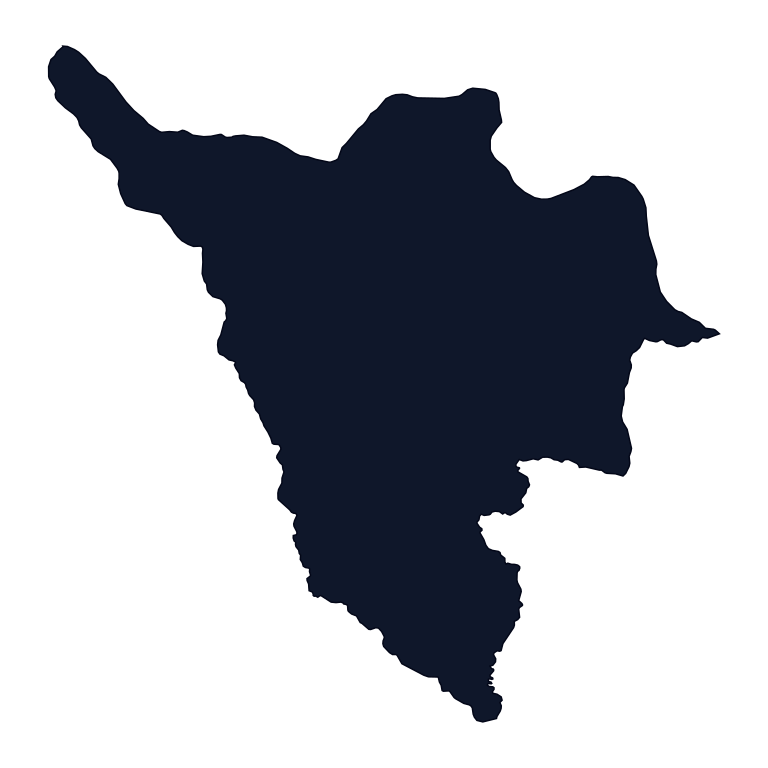 La Celia, Risaralda, Colombia (Albers equal-area conic projection)
{"feature_id": "7082276B6796098252529", "entity_name": "La Celia", "entity_type": "district", "adm_level": 2, "iso_a3": "COL", "parent_name": "Colombia", "parent_adm1": "Risaralda", "projection": "albers", "projection_center": [-76.011, 4.98], "detail": "fine", "context": "isolated", "style": "filled", "palette": "ink", "viewbox_px": 768, "rotation_deg": 0, "n_neighbors": 0, "source": "geoboundaries", "source_scale": "gbopen_adm2", "svg_char_len": 6064}
<svg xmlns="http://www.w3.org/2000/svg" viewBox="0 0 768 768"><path d="M719.4,333.8L715.3,330.1L713.6,329.3L705.4,328.3L699.3,322.3L691.3,318.9L681.8,312.4L678.1,311.5L674.8,309.7L666.6,301.4L660.3,292.0L655.8,274.6L655.9,269.2L656.8,264.2L656.4,260.9L648.4,235.4L646.3,216.2L645.9,207.7L643.2,199.0L641.8,196.3L634.0,185.1L625.2,179.6L618.2,177.5L612.9,177.4L608.2,176.5L597.5,176.8L592.6,176.3L591.5,176.9L589.5,179.7L584.2,184.2L573.7,189.7L551.1,198.4L547.4,199.1L541.5,199.2L534.5,197.7L524.5,192.2L516.5,185.5L513.7,182.4L512.1,179.7L508.7,171.7L505.5,167.6L496.3,160.0L494.0,157.3L490.8,151.6L490.2,149.2L490.2,140.2L491.3,136.1L497.0,127.8L501.6,122.4L501.4,120.0L499.1,109.9L498.9,102.4L498.3,98.6L496.7,94.5L495.8,93.1L494.8,92.6L485.3,89.4L472.7,88.2L467.6,89.8L462.1,94.5L459.1,96.2L444.3,98.4L417.7,97.9L412.5,96.8L407.2,94.8L402.4,94.3L395.8,94.7L392.0,95.8L386.1,98.7L377.1,109.5L371.0,113.7L366.5,121.0L363.4,124.7L358.4,128.9L346.4,143.4L342.1,147.6L338.1,158.8L335.9,160.3L330.9,162.1L329.1,162.2L315.8,159.4L308.1,156.9L300.0,155.8L294.7,153.3L287.3,148.3L276.7,142.4L262.1,137.2L252.7,136.8L244.0,135.2L235.5,135.9L233.0,136.4L231.8,137.2L227.0,137.5L225.3,137.1L221.4,134.5L220.1,134.4L210.9,136.3L203.7,136.7L192.7,135.2L187.4,132.0L184.1,130.6L182.3,130.3L177.8,132.2L169.4,131.6L161.7,132.3L159.5,131.6L148.2,124.1L143.2,118.4L133.9,110.6L126.0,102.0L112.8,84.1L105.8,77.3L99.0,73.9L96.7,72.0L85.4,58.4L78.6,52.2L74.5,49.6L67.5,46.5L62.9,46.1L63.2,46.6L57.2,51.8L54.7,56.2L51.0,59.5L48.6,66.7L48.7,76.6L49.3,78.7L54.6,87.0L55.9,90.0L56.1,91.1L55.2,94.3L55.8,97.8L57.8,100.7L65.3,107.8L73.5,113.9L77.0,117.5L78.7,120.9L79.6,124.9L81.3,127.8L91.2,139.0L93.0,145.8L94.8,148.6L98.2,151.7L110.5,159.3L117.1,168.2L118.8,171.4L119.1,173.4L119.1,178.7L118.3,184.3L120.7,193.7L125.2,203.6L126.9,205.6L135.8,209.0L160.2,214.0L161.9,215.3L163.9,218.5L171.2,227.0L174.5,232.5L177.8,236.7L181.9,240.7L188.1,244.3L193.5,246.4L200.7,246.1L202.3,247.0L202.9,249.3L202.5,253.3L202.9,262.1L202.2,273.7L204.3,281.0L206.6,284.0L207.3,289.8L208.5,292.3L212.9,296.6L220.2,298.8L222.3,300.2L225.4,304.3L226.4,307.8L226.5,310.8L225.9,313.2L226.8,318.5L225.7,320.7L224.2,322.0L220.8,335.0L218.1,340.3L217.6,344.8L218.4,351.9L219.9,354.1L224.0,355.8L229.0,359.9L233.0,360.8L235.3,361.9L235.5,362.7L234.4,364.8L235.8,368.1L239.3,373.6L239.5,377.8L241.1,380.7L244.4,382.6L245.7,384.4L246.1,386.9L247.7,390.0L248.6,393.6L249.8,395.6L253.6,399.7L254.6,402.8L254.5,406.5L256.0,410.2L259.4,414.0L260.7,418.9L263.0,422.7L264.0,425.9L267.9,432.0L270.9,438.2L272.3,443.3L273.9,444.2L278.4,444.5L279.2,445.0L280.7,447.4L280.9,449.3L277.0,455.7L276.7,457.8L280.2,463.0L282.4,464.9L283.0,469.4L284.0,471.9L282.0,478.1L281.9,483.1L278.6,489.4L277.9,493.0L278.0,498.5L278.4,499.6L289.7,509.8L291.4,512.1L293.3,513.1L295.8,513.4L297.0,515.3L294.6,520.5L293.7,523.9L294.0,526.2L296.8,531.7L297.0,533.4L296.3,534.8L293.3,535.5L293.2,538.0L294.1,540.9L295.7,542.2L295.5,544.5L296.0,546.7L298.7,550.1L299.3,553.5L300.6,555.1L300.3,559.5L302.3,562.7L303.3,566.2L305.4,567.5L308.9,568.1L309.7,569.0L309.5,571.7L310.6,575.2L310.1,576.2L307.0,578.6L307.1,580.5L308.6,583.9L309.1,590.7L312.3,592.0L313.2,594.0L313.2,595.4L314.1,596.2L315.7,596.1L317.8,597.2L319.7,595.8L321.0,595.6L331.1,602.1L336.0,602.6L340.9,602.1L342.9,602.8L343.6,603.9L346.7,604.6L347.6,605.9L347.9,610.2L348.5,611.5L351.6,614.0L356.5,615.9L360.2,622.5L362.0,623.4L368.8,629.3L370.6,629.5L375.8,627.7L378.5,628.1L381.6,631.5L384.1,636.3L384.3,637.8L383.1,640.9L382.9,643.7L383.7,646.5L389.5,652.6L392.5,654.5L396.0,654.5L397.1,655.3L401.9,663.7L423.8,675.2L428.4,676.8L437.7,677.0L438.4,677.6L439.4,682.0L441.2,685.3L442.1,690.5L443.3,691.2L448.7,690.9L449.8,691.4L454.1,697.5L455.6,698.7L463.8,703.4L469.4,704.9L471.1,706.1L472.3,707.9L473.2,714.2L474.4,717.2L476.9,720.4L482.8,721.9L496.5,718.5L496.9,716.6L500.2,711.1L501.1,708.4L501.3,705.8L499.9,702.5L502.1,700.2L501.2,696.9L497.0,694.2L492.9,693.3L492.4,691.8L494.0,689.3L494.0,687.7L492.8,686.8L489.1,686.5L487.4,685.2L488.0,683.5L491.3,683.8L491.8,683.4L491.0,682.1L488.4,681.4L488.4,679.3L489.6,678.8L491.9,679.4L492.9,678.9L492.6,677.9L490.1,676.7L490.0,675.1L493.6,670.8L493.7,669.8L493.2,669.0L491.5,668.7L490.0,666.1L492.9,665.2L495.5,661.8L495.7,658.8L493.5,654.7L494.0,652.9L497.0,650.8L499.8,651.2L501.1,650.6L502.9,643.6L513.6,627.6L514.4,625.1L514.3,621.4L517.7,619.6L519.6,617.3L518.7,609.2L519.4,607.6L522.4,605.5L522.5,604.7L521.9,603.5L518.7,600.6L521.2,591.6L520.9,589.2L517.5,582.7L516.9,580.0L517.1,572.8L517.7,571.3L519.0,570.4L519.8,568.1L519.6,566.6L517.7,565.1L514.7,564.4L511.3,564.3L507.8,563.2L506.0,564.1L504.9,562.0L504.8,558.3L500.7,555.0L500.0,552.5L498.3,551.4L492.4,550.4L488.4,548.7L485.9,545.3L483.8,539.5L480.1,533.1L480.0,532.1L482.0,530.2L481.8,528.7L479.6,527.2L477.0,523.3L477.0,522.1L478.9,519.9L479.6,516.0L481.2,514.2L484.1,515.4L489.1,514.8L490.3,514.2L492.0,512.0L495.2,511.2L499.4,511.6L502.7,514.0L504.4,512.8L505.5,512.7L507.3,514.2L510.2,515.1L515.9,512.0L523.1,506.6L523.3,505.1L521.1,502.9L521.0,498.9L525.8,492.8L526.7,488.4L528.8,486.7L529.5,484.8L528.1,481.3L527.9,478.5L526.8,476.9L517.9,471.8L517.8,470.4L519.5,468.4L519.4,467.8L516.4,467.0L515.8,465.3L516.0,464.1L519.2,459.5L523.0,460.9L526.4,460.6L533.2,458.8L538.1,459.9L542.6,457.2L547.4,457.1L550.9,457.8L554.0,459.7L557.8,460.2L561.3,462.0L562.3,461.9L564.6,459.7L568.4,459.4L577.0,463.5L578.6,465.2L579.4,467.4L585.8,467.0L599.2,470.1L601.5,470.1L605.1,472.8L606.9,473.3L615.5,473.8L623.0,476.0L625.7,473.4L629.0,466.7L629.8,463.2L629.1,456.4L630.9,451.6L631.5,448.3L627.1,429.3L622.6,421.9L621.2,416.0L622.4,406.7L623.3,404.8L624.2,398.9L624.0,389.7L624.4,387.9L627.4,383.1L629.4,372.6L631.2,367.9L631.3,364.9L629.7,360.1L630.4,357.0L632.5,353.1L636.3,350.7L639.6,347.5L643.6,339.4L644.7,338.3L649.5,340.5L655.9,341.8L657.4,341.6L661.0,339.7L663.3,339.7L666.6,343.2L670.6,344.1L677.4,346.6L684.6,345.8L688.4,343.6L691.7,340.8L696.4,341.9L698.2,341.7L702.3,337.5L707.6,338.1L719.4,333.8Z" fill="#0f172a" stroke="#020617" stroke-width="1.5"/></svg>